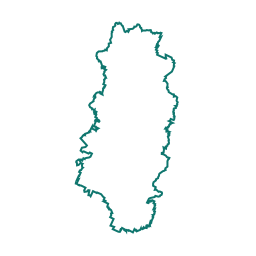 Somerset, Queensland, Australia, rotated 17°
{"feature_id": "25037944B77651628616749", "entity_name": "Somerset", "entity_type": "district", "adm_level": 2, "iso_a3": "AUS", "parent_name": "Australia", "parent_adm1": "Queensland", "projection": "natural_earth1", "projection_center": [152.451, -27.012], "detail": "fine", "context": "isolated", "style": "outline", "palette": "teal", "viewbox_px": 256, "rotation_deg": 17, "n_neighbors": 0, "source": "geoboundaries", "source_scale": "gbopen_adm2", "svg_char_len": 5792}
<svg xmlns="http://www.w3.org/2000/svg" viewBox="0 0 256 256"><g transform="rotate(17 128 128)"><path d="M178.4,184.0L178.5,183.0L179.6,182.2L179.7,180.7L179.2,179.7L177.0,179.4L175.9,180.1L173.1,178.7L171.7,179.3L171.8,176.5L168.9,175.9L168.3,173.9L168.3,172.3L170.0,170.0L169.7,168.9L171.4,167.2L171.2,166.0L171.6,164.7L171.3,163.0L171.6,162.2L173.9,159.2L175.4,158.1L175.6,157.3L176.2,157.1L175.5,155.7L177.0,153.4L175.4,148.1L175.7,145.7L176.2,145.5L176.3,144.5L173.8,144.5L172.3,143.4L169.6,142.8L167.9,143.0L167.6,141.9L169.2,140.9L168.7,138.1L167.7,136.2L170.4,136.6L170.3,136.0L170.0,136.4L169.5,135.9L169.5,134.7L170.8,133.6L170.7,132.0L171.5,131.5L171.6,130.4L170.4,128.1L170.7,127.5L168.6,124.5L168.8,123.5L169.3,123.6L169.5,123.0L169.0,123.0L169.1,122.0L168.6,122.3L168.1,121.9L168.1,120.7L168.9,119.6L166.8,119.5L165.8,120.2L165.5,119.6L166.2,118.4L164.7,117.9L164.7,117.4L163.8,117.7L164.1,116.5L165.4,116.6L165.7,115.5L166.2,115.6L166.2,114.9L166.7,114.6L166.5,112.8L167.0,111.7L167.6,111.9L167.8,111.0L169.2,110.1L165.2,109.4L166.1,108.7L166.2,106.9L169.4,107.0L169.6,106.0L169.3,104.1L168.7,103.9L169.1,103.2L167.5,101.5L167.8,100.9L167.4,99.8L166.8,99.9L166.4,98.8L166.7,97.6L166.1,96.6L166.2,95.9L167.9,94.9L167.6,94.1L168.0,93.4L166.9,93.0L168.0,92.4L168.3,91.2L167.8,90.6L168.0,88.8L167.0,88.3L166.4,87.5L166.2,84.4L164.2,83.6L162.7,84.6L162.4,82.9L161.9,82.4L160.9,82.9L156.4,81.7L155.7,80.1L154.6,79.7L153.5,78.5L153.3,77.7L154.0,77.2L153.5,76.7L152.9,74.1L150.7,72.4L149.5,72.0L148.6,72.4L148.7,70.7L149.7,69.2L149.3,68.8L149.4,67.6L148.8,67.6L153.5,61.2L154.2,55.4L153.6,55.3L153.2,53.0L153.6,52.3L152.1,52.0L152.5,51.5L152.3,50.0L150.3,49.8L149.1,47.9L142.6,46.9L143.2,48.8L144.3,50.4L143.9,50.7L134.4,49.4L134.6,47.6L133.2,47.4L133.4,45.3L131.8,45.0L132.2,43.1L131.9,43.0L132.6,42.7L133.3,40.3L132.3,39.7L132.3,40.6L131.2,41.5L131.2,39.0L131.7,38.3L131.7,36.7L132.4,35.7L133.0,31.7L132.5,32.3L131.6,32.1L132.2,27.4L131.2,27.4L131.0,27.9L129.5,28.2L128.9,28.7L127.6,28.2L126.2,29.9L125.6,29.3L124.2,30.3L123.7,29.6L122.2,29.6L121.3,27.8L120.4,27.9L119.8,28.5L117.2,28.9L116.5,29.6L113.5,30.5L113.0,31.1L112.4,29.7L111.3,28.9L111.3,28.4L110.2,28.2L109.7,27.1L108.4,26.0L107.3,26.0L106.7,26.2L106.3,28.2L105.6,29.0L104.4,29.2L104.4,30.3L103.5,31.8L99.9,33.3L100.6,33.8L100.2,36.0L98.7,35.3L97.5,37.0L96.6,36.8L93.1,31.9L92.3,31.8L90.4,30.0L89.5,30.5L88.8,30.0L88.5,31.0L87.9,31.5L86.6,30.7L85.8,31.0L85.3,32.4L85.9,33.7L85.5,34.7L84.2,35.8L84.5,38.0L85.2,38.6L84.3,40.4L84.9,41.1L84.6,42.0L85.8,45.7L85.1,48.9L86.9,51.5L84.9,52.9L85.8,55.5L84.6,57.8L85.0,59.9L83.3,59.7L83.1,60.8L81.5,61.6L81.2,62.1L77.5,63.4L76.3,65.4L76.7,68.5L77.7,69.1L78.0,70.6L80.5,71.7L80.2,72.1L80.7,72.9L82.4,72.4L85.5,76.7L84.9,77.4L85.4,78.6L87.3,77.7L86.5,76.7L86.6,76.1L88.4,76.2L88.1,78.5L90.0,78.8L88.8,80.8L89.2,81.5L88.8,83.7L89.8,84.8L90.7,84.4L92.3,86.4L91.6,86.6L91.5,88.5L91.0,88.8L91.9,91.0L91.6,93.3L94.0,93.7L93.6,96.3L92.9,96.2L92.6,97.9L93.1,98.7L93.1,102.3L93.8,103.5L91.4,103.1L90.9,102.5L91.0,101.7L90.5,101.6L90.2,102.3L88.6,102.8L87.5,103.8L86.1,107.2L86.1,107.6L86.6,107.2L86.9,107.7L87.5,107.4L87.9,108.4L87.0,109.7L86.9,112.1L87.2,112.5L84.6,115.7L84.2,117.5L85.7,119.2L88.0,119.7L88.2,120.6L88.9,120.3L90.1,120.9L90.7,120.2L90.9,122.1L91.8,121.5L93.0,121.8L92.7,122.3L91.7,122.6L92.4,123.0L93.1,122.6L93.2,123.2L91.5,123.9L91.7,124.4L93.8,124.7L93.5,127.1L95.2,127.4L95.3,128.3L98.2,129.2L98.7,129.9L98.4,130.6L94.5,130.0L94.4,130.8L95.4,130.9L94.7,136.2L99.7,137.0L99.2,137.5L98.5,137.1L98.9,137.9L97.7,138.5L98.4,139.7L98.3,140.1L97.7,139.6L94.2,139.1L93.3,137.1L92.5,141.6L92.9,142.3L92.1,142.3L92.1,142.8L91.8,143.0L92.1,143.6L89.1,145.8L88.9,146.6L88.5,146.5L88.3,147.2L88.6,147.5L87.7,147.6L87.7,148.1L87.1,148.4L86.6,150.2L85.6,151.7L93.8,156.7L93.3,158.0L92.6,158.8L89.7,160.3L89.3,163.5L91.5,164.4L91.5,163.9L92.5,163.3L97.8,164.0L98.6,162.6L101.0,163.0L100.5,166.4L99.4,167.6L96.9,168.8L95.7,169.7L95.7,170.3L94.2,170.0L93.8,172.4L92.7,171.8L91.4,172.2L92.3,173.4L92.1,174.0L91.1,173.0L89.9,172.7L88.3,175.0L88.6,176.0L89.4,176.4L90.2,178.6L91.5,177.8L93.1,175.2L95.0,175.5L94.7,176.0L95.0,177.5L95.7,178.9L96.5,179.1L96.0,179.8L95.5,181.9L94.4,182.6L94.1,184.3L95.8,184.6L95.4,188.1L94.9,188.0L94.3,192.7L95.8,191.5L95.3,194.8L94.2,195.5L94.3,196.4L95.8,196.4L97.4,197.1L98.0,196.7L98.7,197.1L99.7,196.7L104.8,197.5L104.3,200.5L105.1,201.8L107.5,200.6L108.1,199.1L109.3,198.9L109.8,203.8L111.3,203.5L112.2,204.2L113.0,198.6L117.1,199.3L117.3,198.7L121.7,199.2L124.4,201.1L126.0,201.6L125.7,204.0L127.9,204.3L127.8,205.2L127.1,205.5L131.1,206.2L131.2,209.4L132.6,209.6L132.5,210.4L133.5,211.2L133.6,210.5L135.9,211.5L137.9,214.0L136.7,214.7L137.5,216.4L137.0,218.5L140.8,219.2L139.8,226.5L143.7,226.6L143.0,229.2L149.1,230.0L150.6,229.7L151.1,227.7L150.5,227.6L150.6,226.9L151.2,227.0L151.5,225.3L154.3,225.9L154.2,226.6L155.6,227.1L156.0,226.5L156.4,226.9L156.2,226.1L156.6,225.8L158.6,226.1L158.7,225.5L163.2,226.4L163.7,223.1L164.2,223.6L164.9,223.0L165.5,223.8L166.0,223.4L166.6,224.2L169.5,221.8L169.7,220.3L169.9,220.7L171.0,219.9L171.4,220.4L172.0,219.9L171.6,219.5L172.0,218.3L172.9,218.9L173.3,218.5L175.1,218.2L175.1,217.3L174.1,216.5L174.2,215.7L175.1,215.3L175.6,216.3L176.8,216.1L177.0,214.8L177.5,214.9L177.0,214.0L177.6,212.7L177.2,212.7L177.5,211.9L176.8,212.1L176.8,210.0L177.7,209.8L178.2,206.3L177.9,206.2L178.0,205.6L177.5,205.5L177.7,203.9L177.3,203.8L178.3,203.1L178.3,201.7L178.0,201.6L178.2,200.1L177.3,200.0L177.4,197.3L176.1,198.1L176.6,194.0L175.9,193.8L176.1,192.7L174.4,192.5L174.7,190.4L172.3,190.0L172.1,191.0L171.1,190.8L171.0,191.7L169.9,191.5L169.6,193.4L169.1,193.3L169.0,193.9L168.0,193.8L168.7,189.5L169.7,188.5L173.7,186.2L174.0,184.9L177.0,184.8L178.4,184.0Z" fill="none" stroke="#0f766e" stroke-width="2"/></g></svg>